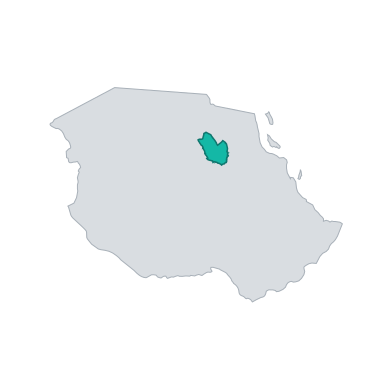 location of Kiteto, Manyara, United Republic of Tanzania, rotated 332°
{"feature_id": "72390352B80776151350042", "entity_name": "Kiteto", "entity_type": "district", "adm_level": 2, "iso_a3": "TZA", "parent_name": "United Republic of Tanzania", "parent_adm1": "Manyara", "projection": "robinson", "projection_center": [36.709, -5.194], "detail": "fine", "context": "in_parent", "style": "filled", "palette": "teal", "viewbox_px": 384, "rotation_deg": 332, "n_neighbors": 0, "source": "geoboundaries", "source_scale": "gbopen_adm2", "svg_char_len": 7462}
<svg xmlns="http://www.w3.org/2000/svg" viewBox="0 0 384 384"><g transform="rotate(332 192 192)"><path d="M150.6,265.3L147.1,263.2L144.0,262.0L141.4,260.6L140.3,259.2L137.9,258.7L135.8,258.5L133.9,257.3L129.9,256.8L129.5,256.0L129.4,254.1L128.7,253.6L127.3,253.1L125.7,253.2L124.8,253.4L124.2,253.3L122.9,252.2L121.7,250.8L121.3,248.6L119.5,247.2L117.4,246.1L111.6,246.2L110.7,245.8L109.3,244.7L107.7,242.9L106.4,240.7L105.2,237.9L104.0,234.0L97.3,218.5L96.6,215.6L95.3,212.4L93.2,208.4L90.9,205.4L87.9,202.7L84.4,200.1L82.5,198.3L78.9,191.0L78.2,187.6L77.6,184.1L77.8,182.6L80.0,178.1L80.3,176.8L80.0,175.1L78.9,171.5L77.4,167.1L74.6,159.0L74.2,157.0L74.2,155.5L75.9,147.4L75.8,146.2L82.5,146.4L87.4,142.8L91.6,137.5L92.4,135.3L94.2,131.9L95.8,130.2L96.5,129.0L97.5,125.6L99.7,123.3L101.8,121.5L101.4,120.2L101.7,119.8L102.9,118.9L105.2,118.0L105.6,116.2L105.6,114.2L105.2,113.1L105.3,111.8L105.0,111.1L103.5,110.9L101.2,109.9L99.3,109.5L98.1,108.9L97.6,108.4L97.4,107.2L98.4,104.1L97.4,102.8L99.7,97.7L100.1,97.0L101.0,96.9L102.3,96.4L103.6,96.1L104.6,96.3L105.3,96.1L106.0,95.5L106.5,93.8L107.0,90.9L106.7,88.5L105.7,86.6L105.5,83.8L105.9,80.1L105.6,76.9L104.5,74.4L103.4,72.9L101.8,72.2L99.1,68.4L98.3,66.6L98.5,65.4L99.4,64.9L101.0,65.1L102.6,64.6L104.1,63.6L105.5,63.3L106.3,63.5L172.7,63.5L250.4,112.5L250.7,113.1L251.3,117.3L251.2,118.8L250.0,121.2L249.7,122.5L249.7,123.4L249.9,123.7L251.0,123.8L251.8,124.4L252.2,124.9L252.8,126.7L253.7,127.6L283.2,151.7L283.8,152.1L283.4,154.1L281.7,159.0L281.6,161.0L281.0,163.4L280.4,165.0L278.6,171.9L277.2,174.5L275.3,180.5L275.0,185.1L276.0,188.4L276.4,191.4L278.7,194.4L280.5,195.5L281.7,196.8L283.9,199.9L285.1,203.0L289.1,204.6L290.6,208.0L290.0,210.5L288.2,212.4L286.5,215.7L285.1,219.9L285.1,226.4L286.0,225.4L288.1,227.0L288.4,231.8L286.2,237.3L285.6,239.9L285.4,242.1L287.0,248.8L289.3,252.2L289.1,253.2L288.5,254.1L292.5,260.1L292.2,265.3L293.7,269.4L294.3,272.9L295.3,275.6L295.5,277.5L294.3,279.5L297.2,280.0L298.9,281.7L299.7,283.3L301.8,283.3L303.0,284.4L304.6,285.3L308.3,288.0L309.2,289.4L309.8,290.7L299.8,299.2L296.2,301.4L293.6,302.4L290.8,303.0L288.2,304.3L285.7,306.5L282.5,307.5L278.6,307.5L274.6,309.0L268.2,313.4L264.5,311.0L261.5,310.2L258.2,310.3L256.1,310.6L255.4,311.1L254.8,312.6L254.2,315.1L252.0,317.5L248.1,319.7L244.6,320.6L241.3,320.0L239.1,319.1L238.0,317.7L236.3,317.1L234.1,317.2L231.9,318.2L229.9,319.9L226.6,320.7L222.1,320.5L219.7,319.6L219.4,318.1L217.4,316.4L213.8,314.4L211.1,314.4L209.4,316.3L207.9,317.5L206.5,318.0L205.2,318.0L203.4,317.5L198.4,317.3L193.7,317.4L193.3,314.6L192.3,313.0L191.4,312.0L189.8,311.7L189.3,310.9L188.8,309.2L188.0,307.8L186.9,306.6L186.3,305.4L186.1,304.4L186.2,303.3L187.2,300.5L187.5,298.5L187.4,296.6L186.9,294.5L185.8,292.1L185.9,291.4L185.5,289.8L185.5,288.6L185.7,287.2L185.5,285.3L184.5,281.3L184.5,280.2L183.5,278.3L180.3,273.7L180.2,273.1L175.3,268.4L173.3,267.4L172.6,268.3L172.3,269.1L172.5,270.6L172.4,271.3L172.2,271.6L171.1,271.6L170.3,271.4L168.5,270.2L167.0,269.9L163.4,270.1L162.2,270.4L161.2,270.1L159.3,268.0L157.0,267.5L155.0,267.4L151.7,265.0L150.6,265.3ZM289.6,187.7L291.2,192.8L291.0,193.7L289.9,194.3L289.3,194.4L288.5,193.5L288.0,191.8L287.2,192.2L285.7,190.2L284.2,190.1L282.9,187.6L283.5,185.5L283.2,181.8L284.7,179.9L285.6,176.8L286.7,178.9L286.9,182.3L288.3,186.2L289.6,187.7ZM297.4,157.2L297.6,158.4L297.2,159.5L297.3,163.2L297.2,165.6L296.0,168.9L295.0,170.1L294.1,169.8L293.4,169.2L292.8,168.3L294.0,162.2L293.4,157.7L295.7,158.1L297.4,157.2ZM294.1,230.9L292.9,231.3L292.5,231.0L291.8,229.9L293.0,229.1L294.2,227.4L296.9,225.0L298.2,223.1L298.0,225.0L296.5,229.1L295.1,229.4L294.1,230.9Z" fill="#d9dde1" stroke="#a8b0b8" stroke-width="1"/><path d="M222.0,171.8L222.3,172.1L222.5,172.2L222.6,172.4L222.8,172.5L223.0,172.7L223.2,172.8L223.6,173.2L223.8,173.4L223.9,173.5L224.3,173.8L224.5,174.0L224.4,174.1L224.5,174.2L224.5,174.3L224.6,174.5L224.8,174.5L224.9,174.9L224.9,175.2L224.9,175.3L224.7,175.5L224.8,175.5L225.0,175.5L225.3,175.5L225.5,175.7L225.5,175.8L225.6,175.7L225.9,175.8L226.0,175.8L226.3,176.0L226.5,176.0L226.7,176.3L226.7,176.5L226.9,176.9L227.0,177.0L227.5,177.2L227.8,177.3L227.9,177.5L228.0,177.9L228.1,178.0L228.2,178.4L228.3,178.4L228.3,178.6L228.6,178.8L228.8,179.0L229.1,179.2L229.2,179.3L229.3,179.4L229.4,179.5L229.5,179.7L229.7,179.8L229.8,180.0L230.1,180.6L230.3,180.9L230.4,181.1L230.6,181.5L230.7,182.1L230.8,182.1L231.0,182.0L231.3,182.0L231.5,182.0L231.6,181.9L231.7,182.0L231.8,182.0L232.0,181.9L232.3,181.9L232.7,182.0L232.9,182.0L233.1,182.0L233.3,182.1L233.6,182.3L233.8,182.3L234.2,182.2L234.3,182.1L234.6,182.0L235.1,181.7L235.3,181.7L235.7,181.7L236.0,181.7L236.7,181.4L236.7,181.5L237.0,181.2L237.3,180.9L237.3,180.7L237.2,180.5L237.3,180.4L237.5,180.1L237.5,179.8L237.6,179.7L237.8,179.6L237.7,179.5L237.8,179.3L238.1,179.2L238.3,178.8L238.3,178.7L238.5,178.6L238.6,178.3L238.8,178.1L238.9,177.9L239.2,177.9L239.2,178.0L239.3,177.9L239.4,177.7L239.5,177.7L239.9,177.2L240.0,177.3L240.4,177.4L240.5,177.4L240.9,177.4L241.0,177.4L241.0,177.5L241.1,177.1L241.1,176.8L241.1,176.6L240.9,176.6L240.7,176.6L240.3,176.7L240.4,176.4L240.7,175.9L240.8,175.7L241.2,175.2L241.4,175.1L241.5,174.9L241.5,174.7L241.7,174.4L241.8,174.5L241.9,174.4L242.0,174.4L241.9,174.3L241.9,174.2L242.0,174.1L242.2,173.9L242.2,173.5L242.1,173.4L241.8,173.2L241.8,172.9L242.0,172.7L242.0,172.4L242.3,172.2L242.6,171.8L242.9,171.5L243.8,170.2L245.0,165.7L244.4,164.6L244.8,164.1L243.3,161.1L241.8,161.7L240.2,162.1L239.8,162.1L237.4,162.6L236.5,162.7L236.5,162.3L236.5,162.2L236.4,161.7L236.4,161.4L236.4,161.0L236.4,160.9L236.4,160.7L236.5,160.5L236.6,159.7L236.5,159.4L236.5,159.2L236.5,158.6L236.5,158.3L236.4,158.0L236.4,157.5L236.4,157.3L236.3,156.7L236.2,156.5L236.2,156.3L236.1,155.6L236.0,155.1L236.0,154.9L235.9,154.6L235.9,154.4L235.9,154.2L235.8,153.7L235.7,153.7L235.7,153.1L235.6,152.7L235.6,152.4L235.5,152.2L235.5,151.7L235.5,150.4L234.9,149.4L234.6,149.0L234.2,148.6L234.1,148.3L234.0,148.2L233.9,148.1L233.7,147.8L233.4,147.3L233.2,147.0L232.9,146.7L232.7,146.3L232.5,146.1L232.4,145.9L232.2,146.0L231.8,146.0L231.3,145.9L230.8,146.0L230.6,145.9L230.4,145.9L230.1,145.9L230.1,146.0L229.8,146.3L229.4,146.8L229.2,147.0L228.8,147.4L228.8,147.5L228.5,147.9L228.4,147.9L228.1,148.2L227.8,148.5L227.7,148.6L227.4,149.0L226.8,149.6L226.6,149.8L226.4,150.0L226.2,150.0L225.8,150.0L225.6,149.9L225.4,149.9L225.2,149.8L224.9,149.8L224.6,149.7L224.2,149.5L224.0,149.3L224.0,149.1L223.8,149.0L223.6,149.0L223.4,149.0L223.1,149.0L222.9,148.8L222.6,148.8L222.3,148.8L222.1,148.8L221.9,148.8L221.9,149.0L221.8,149.3L221.7,149.4L221.7,149.5L221.7,149.8L221.7,150.1L221.7,150.4L221.9,151.5L221.8,152.1L221.9,152.6L221.9,152.8L222.0,153.2L222.0,153.4L222.0,153.5L222.0,153.9L222.0,154.1L222.0,154.3L222.1,154.6L222.1,154.8L222.1,155.0L222.3,155.2L222.3,155.3L222.5,155.5L222.7,155.8L222.7,156.2L222.7,156.5L222.7,156.8L222.6,157.0L222.5,157.4L222.5,157.5L222.5,158.1L222.4,158.2L222.5,158.2L222.4,158.4L222.4,158.6L222.4,158.9L222.4,159.0L222.3,159.4L222.2,159.7L222.2,160.1L222.3,160.8L222.4,161.0L222.4,161.3L222.4,161.6L222.2,162.1L222.1,162.4L221.9,163.2L221.8,163.4L221.8,163.5L221.7,163.6L221.5,163.8L221.4,163.9L221.4,164.0L221.9,164.4L221.6,164.7L221.5,164.8L221.4,165.0L221.4,165.3L221.8,166.7L221.8,167.4L221.9,168.2L221.9,168.8L221.9,169.4L221.6,169.3L221.1,169.3L220.8,169.3L221.0,170.5L221.3,171.0L221.7,171.4L222.0,171.8Z" fill="#14b8a6" stroke="#0f766e" stroke-width="1.5"/></g></svg>